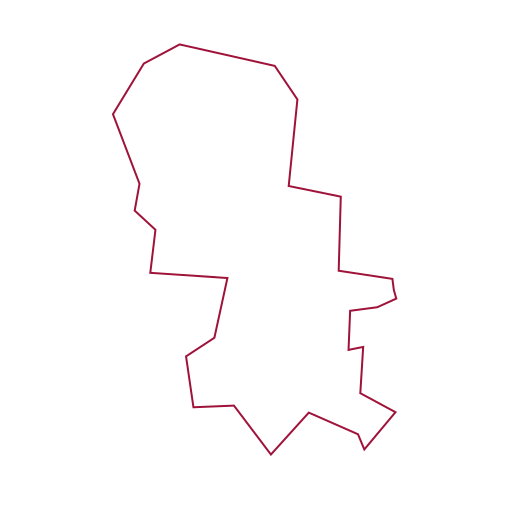 the border of Grobinas, rotated 194°
{"feature_id": "LVA-5716", "entity_name": "Grobinas", "entity_type": "Municipality", "adm_level": 1, "iso_a3": "LVA", "parent_name": "Latvia", "parent_adm1": "", "projection": "robinson", "projection_center": [21.193, 56.504], "detail": "fine", "context": "isolated", "style": "outline", "palette": "rose", "viewbox_px": 512, "rotation_deg": 194, "n_neighbors": 0, "source": "natural_earth", "source_scale": "10m", "svg_char_len": 534}
<svg xmlns="http://www.w3.org/2000/svg" viewBox="0 0 512 512"><g transform="rotate(194 256 256)"><path d="M118.1,266.8L114.1,256.5L109.6,248.6L126.0,235.6L151.4,225.6L143.5,187.3L130.0,193.7L121.6,148.1L82.9,138.2L104.1,94.5L113.9,107.7L166.9,116.8L193.5,67.0L241.2,105.5L280.1,94.1L299.6,141.7L276.6,166.6L278.4,227.7L354.5,214.1L359.9,257.1L384.7,270.7L386.5,297.9L429.1,359.0L411.4,415.6L381.3,442.8L283.8,445.0L253.7,417.9L241.2,331.8L188.1,334.1L172.2,261.7L118.1,266.8Z" fill="none" stroke="#9f1239" stroke-width="2"/></g></svg>